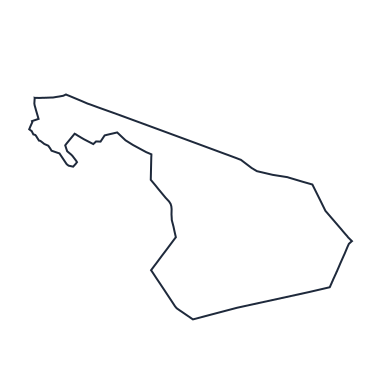 Reifi Khashm Elgirba, Kassala, Sudan, rotated 168°
{"feature_id": "16777658B57943425693206", "entity_name": "Reifi Khashm Elgirba", "entity_type": "district", "adm_level": 2, "iso_a3": "SDN", "parent_name": "Sudan", "parent_adm1": "Kassala", "projection": "albers", "projection_center": [35.198, 15.581], "detail": "fine", "context": "isolated", "style": "outline", "palette": "slate", "viewbox_px": 384, "rotation_deg": 168, "n_neighbors": 0, "source": "geoboundaries", "source_scale": "gbopen_adm2", "svg_char_len": 2847}
<svg xmlns="http://www.w3.org/2000/svg" viewBox="0 0 384 384"><g transform="rotate(168 192 192)"><path d="M77.1,70.2L77.0,70.3L76.9,70.4L76.9,70.5L76.5,70.9L76.5,71.0L76.4,71.1L76.2,71.4L76.1,71.5L75.9,71.8L75.8,72.0L75.6,72.2L75.2,72.7L75.1,72.9L75.0,73.1L74.9,73.2L74.7,73.4L74.6,73.6L74.4,73.8L74.1,74.3L73.7,74.9L73.3,75.4L73.1,75.6L72.9,75.9L72.8,76.1L72.7,76.2L72.1,77.1L71.2,78.3L70.2,79.6L69.8,80.2L69.4,80.7L68.9,81.4L68.7,81.6L67.7,83.0L67.1,83.9L66.9,84.0L65.7,85.8L64.6,87.3L63.2,89.3L61.8,91.3L56.5,98.6L55.6,99.8L51.1,106.3L49.3,108.7L46.2,110.5L45.8,110.7L48.7,115.1L49.1,115.9L49.3,116.4L50.9,119.2L52.8,122.7L53.3,123.7L60.9,137.6L65.4,145.8L68.1,156.5L72.7,174.3L81.2,178.8L94.8,186.2L95.4,186.6L109.5,192.0L124.2,198.9L128.6,203.0L137.4,213.2L137.7,213.5L137.9,213.6L138.0,213.6L138.8,214.1L140.9,215.5L142.6,216.6L143.1,216.9L148.9,220.6L151.8,222.4L164.3,230.3L184.1,242.8L219.5,265.1L241.6,279.0L253.6,286.5L254.1,286.8L266.6,294.5L267.7,295.2L269.3,296.2L273.1,298.6L275.8,300.2L281.0,303.9L283.9,305.9L287.8,308.6L291.7,311.3L294.7,313.3L295.0,313.6L297.9,312.9L301.1,313.0L301.9,313.0L305.1,313.2L308.1,313.3L309.7,313.6L310.8,313.8L314.3,314.4L317.1,314.9L318.5,315.2L320.4,315.5L321.5,315.7L323.7,316.2L324.2,316.3L325.4,316.6L325.7,316.6L326.1,316.7L326.3,316.8L326.3,316.7L326.6,315.7L327.4,312.8L327.8,311.4L327.9,309.5L327.7,306.5L327.6,304.7L326.9,295.4L333.8,294.6L333.7,293.5L335.6,290.9L336.6,289.5L337.1,288.8L337.2,288.6L337.4,288.3L337.6,288.0L338.0,287.5L338.2,287.2L336.1,284.8L336.1,284.7L335.2,281.3L334.5,281.0L333.4,280.3L333.3,280.1L333.0,279.6L332.4,278.0L332.3,277.6L332.1,277.1L331.0,274.1L329.8,273.6L329.5,273.3L327.8,271.3L327.4,270.8L326.5,269.7L325.8,269.2L322.9,267.1L322.7,266.5L321.7,264.2L320.8,261.6L318.8,260.4L317.5,259.6L317.3,259.5L315.5,258.4L313.6,257.3L313.3,256.5L312.5,254.5L310.9,250.5L309.1,246.0L308.8,245.3L308.0,244.3L307.2,243.4L303.0,241.5L299.5,244.0L298.7,244.8L298.3,245.1L298.8,246.6L301.4,252.1L302.4,253.7L305.6,257.8L305.9,260.1L306.3,264.0L304.7,265.4L294.7,273.4L294.1,272.9L293.9,272.8L293.9,272.7L292.8,271.7L292.0,270.9L289.8,268.9L288.9,268.0L288.3,267.5L286.9,266.2L278.6,259.4L275.3,261.4L271.0,260.3L265.7,265.5L263.4,265.6L258.9,265.7L257.7,265.7L252.8,265.8L246.3,256.4L240.0,250.3L228.5,240.5L223.9,237.3L224.2,235.9L224.6,234.5L229.8,212.5L226.3,205.9L224.2,201.7L219.0,191.8L216.4,187.5L215.4,184.8L215.2,182.3L215.5,179.5L216.8,174.0L216.9,173.1L217.3,170.5L217.6,168.8L217.5,166.4L217.3,162.1L217.3,156.9L217.2,151.1L218.3,150.2L229.7,140.2L234.7,135.9L242.3,129.2L243.6,128.1L248.3,124.0L247.7,122.6L246.9,120.6L244.8,115.2L242.3,109.0L240.8,105.2L239.4,101.7L233.7,87.2L232.4,83.8L231.5,82.1L231.1,81.5L231.1,81.4L228.2,78.3L227.5,77.6L223.5,73.4L217.6,67.2L172.0,69.4L98.4,69.8L77.1,70.2Z" fill="none" stroke="#1e293b" stroke-width="2"/></g></svg>